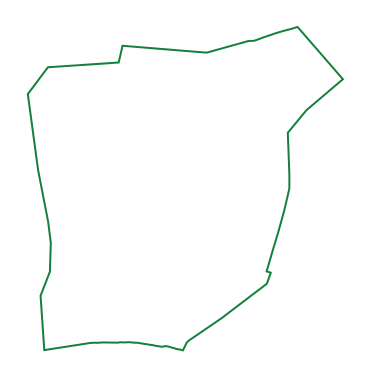 San Juan Guelavía, Oaxaca, Mexico (Robinson projection), rotated 86°
{"feature_id": "50627088B68780091021819", "entity_name": "San Juan Guelavía", "entity_type": "district", "adm_level": 2, "iso_a3": "MEX", "parent_name": "Mexico", "parent_adm1": "Oaxaca", "projection": "robinson", "projection_center": [-96.523, 16.958], "detail": "fine", "context": "isolated", "style": "outline", "palette": "green", "viewbox_px": 384, "rotation_deg": 86, "n_neighbors": 0, "source": "geoboundaries", "source_scale": "gbopen_adm2", "svg_char_len": 1551}
<svg xmlns="http://www.w3.org/2000/svg" viewBox="0 0 384 384"><g transform="rotate(86 192 192)"><path d="M57.5,327.0L82.9,349.0L83.5,348.9L159.4,344.0L211.4,337.6L233.0,336.4L261.6,339.3L284.9,350.3L339.4,350.4L335.6,305.1L335.5,304.6L335.5,300.5L335.9,296.0L335.8,292.0L335.9,291.6L336.3,285.9L336.6,282.9L336.7,281.4L337.1,276.8L336.9,273.6L337.3,270.7L337.4,268.4L337.4,267.0L337.4,265.9L337.7,263.4L338.2,261.0L338.5,257.6L338.5,257.2L338.6,256.8L338.7,256.4L338.8,255.7L339.0,255.1L339.2,254.5L339.3,253.9L339.5,253.2L339.6,252.8L339.7,252.2L339.8,251.7L340.0,251.1L340.2,250.4L340.3,249.8L340.4,249.4L340.6,248.2L340.8,247.3L340.9,246.7L341.3,245.3L341.7,243.8L341.7,243.2L342.0,242.5L342.0,241.8L342.2,241.0L342.3,240.6L342.8,239.7L343.0,238.8L343.4,236.4L343.7,235.5L344.0,234.5L344.3,232.6L344.0,230.4L343.9,228.7L344.3,227.3L344.7,225.9L345.2,224.5L345.8,223.1L346.2,221.8L346.7,220.3L347.3,218.9L347.8,217.8L347.7,217.4L348.1,215.9L349.3,212.1L341.8,207.7L339.9,205.4L318.9,169.5L317.4,167.4L315.2,164.1L288.7,123.7L287.9,123.3L287.3,123.1L286.7,122.8L286.1,122.6L285.5,122.3L285.0,122.1L283.8,121.5L283.2,121.3L282.6,121.1L282.1,120.8L281.6,120.6L281.0,120.4L280.5,120.1L279.1,119.5L278.6,119.3L278.0,119.1L276.4,123.1L255.8,115.5L238.5,108.9L216.7,101.2L195.6,94.7L186.8,94.0L180.0,93.6L139.6,92.3L118.4,72.2L90.0,33.6L64.2,53.0L34.7,75.2L36.1,80.9L37.9,90.5L39.4,97.2L42.6,109.4L44.2,114.8L45.5,119.4L45.3,125.1L54.0,167.6L49.9,194.8L41.3,251.1L57.7,256.1L57.6,293.8L57.5,327.0Z" fill="none" stroke="#15803d" stroke-width="2"/></g></svg>